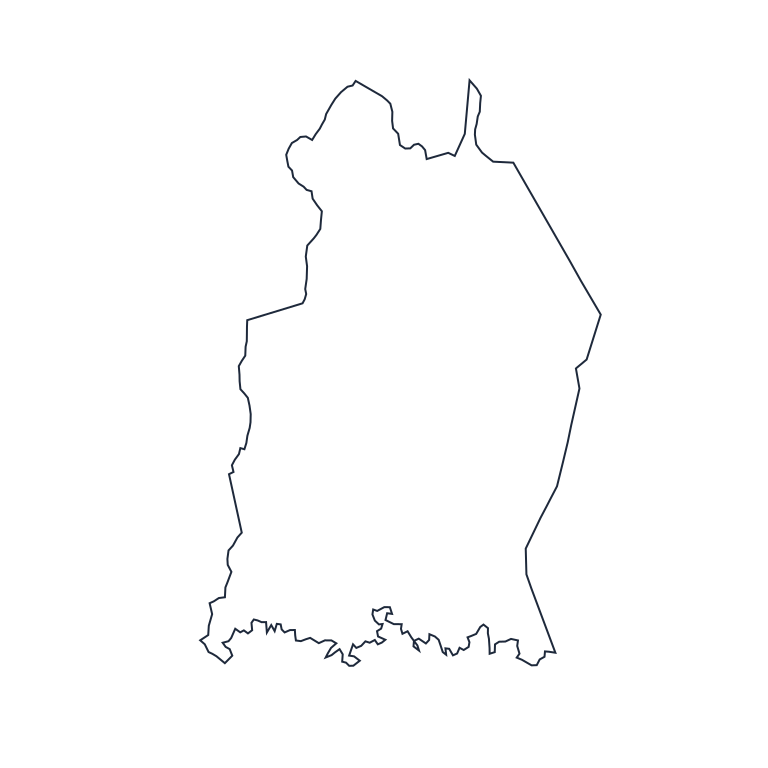 outline of Mamborê, Paraná, Brazil, rotated 350°
{"feature_id": "56859067B66158143742669", "entity_name": "Mamborê", "entity_type": "district", "adm_level": 2, "iso_a3": "BRA", "parent_name": "Brazil", "parent_adm1": "Paraná", "projection": "equal_earth", "projection_center": [-52.631, -24.35], "detail": "fine", "context": "isolated", "style": "outline", "palette": "slate", "viewbox_px": 768, "rotation_deg": 350, "n_neighbors": 0, "source": "geoboundaries", "source_scale": "gbopen_adm2", "svg_char_len": 3353}
<svg xmlns="http://www.w3.org/2000/svg" viewBox="0 0 768 768"><g transform="rotate(350 384 384)"><path d="M260.4,297.4L259.0,303.8L257.6,311.3L256.3,318.1L254.2,323.2L252.3,332.0L247.9,336.6L244.1,341.2L243.3,349.8L242.3,356.2L241.7,364.2L244.7,368.9L247.5,374.0L247.8,382.0L247.5,390.5L245.9,398.5L244.1,403.9L240.5,411.2L238.2,418.2L235.2,424.0L231.4,422.2L229.0,427.8L224.0,432.6L220.1,437.6L220.5,444.5L215.7,445.9L218.1,505.7L213.0,509.7L207.2,516.9L202.0,520.9L199.4,529.1L198.7,535.0L201.1,542.5L195.3,552.3L192.5,556.8L190.3,566.4L184.2,566.1L178.6,568.5L174.2,569.6L174.8,580.8L169.5,591.6L167.3,600.7L158.5,604.5L162.3,609.2L164.7,617.5L168.1,619.9L171.7,623.0L178.8,631.3L187.4,625.2L186.0,618.3L182.4,615.4L180.2,610.8L186.2,610.3L189.4,607.6L195.0,599.2L199.3,603.6L203.2,602.3L206.7,606.0L211.4,603.6L212.0,596.2L214.9,593.3L218.5,594.9L222.1,597.3L226.5,598.0L225.5,608.4L231.1,601.8L233.4,608.4L236.8,601.6L240.5,602.8L240.6,607.9L243.0,611.4L248.7,610.0L253.5,610.8L252.9,616.1L252.7,621.3L257.5,622.8L262.7,621.8L267.2,621.2L274.8,627.9L281.3,626.2L287.7,627.4L292.0,631.1L286.0,634.7L281.9,639.5L279.1,643.2L285.3,641.9L289.1,639.8L294.2,637.4L296.4,643.0L294.6,650.2L298.2,651.8L300.8,655.5L304.9,656.1L312.1,652.3L307.2,647.0L302.5,645.4L308.3,635.0L310.9,639.1L316.1,637.9L321.0,634.2L325.0,636.3L330.5,634.5L332.7,639.3L336.9,638.3L340.9,636.1L334.3,631.6L334.2,626.2L338.7,624.4L340.9,620.1L337.3,619.9L333.9,615.4L332.6,608.9L334.2,604.2L337.9,606.3L345.5,603.8L351.0,604.8L352.0,611.8L347.3,610.3L344.5,616.7L352.0,622.2L359.7,623.6L358.2,628.1L358.8,633.2L364.3,631.6L366.9,638.2L368.9,642.2L374.0,640.8L380.2,646.8L384.0,643.9L385.3,638.3L390.3,641.5L393.4,645.4L394.3,651.2L395.3,658.2L398.2,661.4L398.6,655.0L402.2,656.1L404.8,663.2L409.2,662.1L412.6,656.9L416.3,659.8L421.7,657.6L423.3,653.1L422.3,648.0L426.1,647.3L431.4,646.1L436.6,640.0L440.2,638.2L444.0,642.5L443.0,647.5L443.1,653.1L442.1,662.4L441.2,668.0L446.5,667.3L448.1,659.7L452.7,657.8L458.8,658.7L464.8,657.1L471.4,659.8L469.7,665.1L470.6,673.1L467.2,676.5L471.9,679.5L480.5,686.7L485.6,687.4L489.5,682.3L494.7,680.5L496.1,675.3L499.9,676.3L506.1,678.4L493.6,610.8L491.2,596.2L495.0,570.7L514.9,543.0L523.2,532.3L527.6,526.5L536.6,514.8L546.6,492.2L554.8,473.3L561.2,457.1L575.7,422.4L575.7,402.0L587.8,395.1L609.5,353.3L595.8,316.5L588.3,295.0L549.8,188.5L543.8,187.1L530.1,184.0L523.8,176.8L520.7,173.1L516.4,164.3L516.8,154.2L518.0,149.0L520.4,144.0L522.8,136.8L525.6,132.5L527.5,124.1L529.5,117.0L526.7,109.2L521.0,99.8L507.0,151.7L493.3,171.7L487.4,167.5L465.1,169.9L465.1,160.8L462.7,156.6L459.6,153.4L455.1,153.6L450.8,156.5L445.8,155.8L441.2,151.4L441.4,140.0L437.3,133.9L437.7,126.2L439.5,117.4L438.9,109.1L436.3,105.3L432.1,100.3L408.7,80.6L404.9,84.6L399.7,84.9L392.4,89.1L385.6,94.5L380.6,100.0L373.9,108.1L371.6,113.3L367.9,117.7L365.1,121.4L360.2,126.0L355.6,131.2L350.2,126.7L344.5,126.2L340.8,128.6L335.1,130.7L331.0,135.7L327.5,141.3L327.5,147.8L327.6,153.4L330.5,157.8L330.5,164.5L334.7,171.7L339.1,175.7L341.5,179.4L346.1,181.6L345.9,189.1L349.2,196.4L352.8,203.1L350.4,211.6L348.2,220.2L343.3,225.5L340.1,228.4L332.5,234.3L329.1,244.9L328.7,254.7L326.1,267.1L322.9,276.8L323.0,281.9L320.6,286.8L317.8,290.4L260.4,297.4ZM368.9,642.2L367.5,647.5L372.2,652.6L371.5,647.3L368.9,642.2Z" fill="none" stroke="#1e293b" stroke-width="2"/></g></svg>